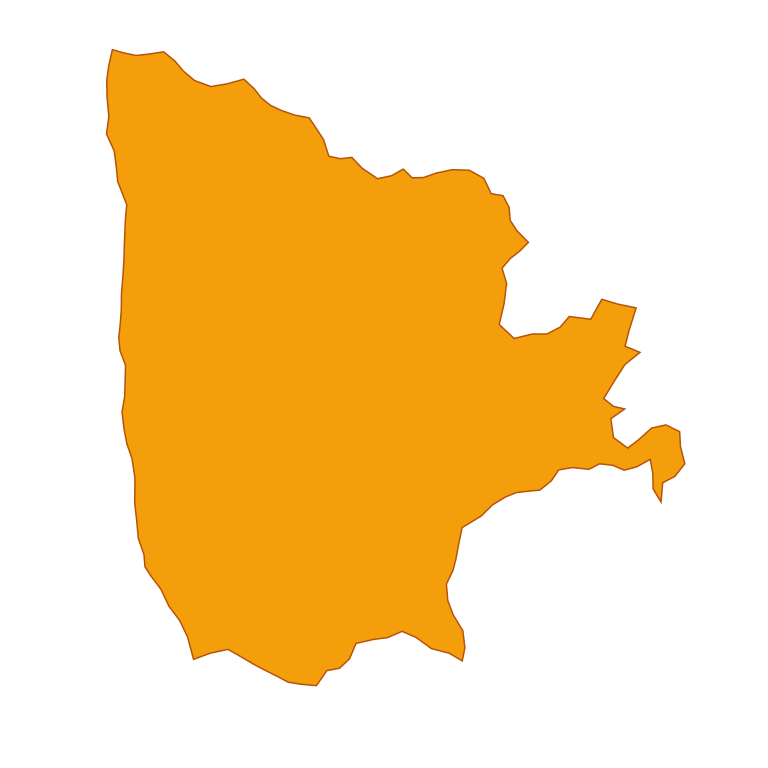 Moeda, Minas Gerais, Brazil (Albers equal-area conic projection), rotated 186°
{"feature_id": "56859067B15311257315024", "entity_name": "Moeda", "entity_type": "district", "adm_level": 2, "iso_a3": "BRA", "parent_name": "Brazil", "parent_adm1": "Minas Gerais", "projection": "albers", "projection_center": [-44.004, -20.33], "detail": "fine", "context": "isolated", "style": "filled", "palette": "amber", "viewbox_px": 768, "rotation_deg": 186, "n_neighbors": 0, "source": "geoboundaries", "source_scale": "gbopen_adm2", "svg_char_len": 2049}
<svg xmlns="http://www.w3.org/2000/svg" viewBox="0 0 768 768"><g transform="rotate(186 384 384)"><path d="M689.1,688.1L691.0,671.8L691.5,657.2L689.4,640.2L685.6,621.1L686.1,603.6L676.7,587.6L673.0,572.3L669.9,557.2L664.5,546.9L658.6,535.4L658.4,520.9L656.8,495.6L655.6,480.0L654.9,464.0L654.5,445.9L653.0,430.1L652.6,416.4L652.6,402.3L650.0,389.5L643.0,375.5L641.8,360.5L640.6,344.4L641.6,328.9L638.1,313.1L633.4,297.5L626.8,283.5L621.8,264.2L619.5,239.6L615.8,222.9L612.2,204.8L604.9,189.3L602.6,177.2L595.3,168.2L584.5,156.7L574.6,140.4L562.6,127.6L553.0,112.1L544.6,90.2L529.0,98.0L511.4,103.8L497.1,97.5L484.4,91.7L473.3,87.2L459.4,82.0L448.1,77.4L435.4,76.7L419.7,76.9L410.8,93.0L398.5,96.7L389.6,107.0L384.7,123.1L368.0,128.8L354.1,132.1L340.2,139.9L325.6,135.3L309.2,125.8L291.1,123.1L277.2,116.8L276.0,130.3L279.8,146.9L291.1,161.7L297.9,175.2L301.0,191.5L296.0,205.5L294.2,217.1L293.0,232.3L291.3,249.4L273.7,262.7L263.6,275.0L251.9,284.0L241.3,289.8L230.2,292.3L217.8,294.8L207.4,305.3L201.3,316.8L187.9,320.6L171.2,320.6L161.4,327.1L148.2,327.1L136.2,323.4L124.2,327.9L111.3,336.9L107.3,323.1L105.4,307.8L96.2,295.6L96.5,314.9L85.0,322.6L76.5,336.2L82.6,352.7L85.0,367.5L99.3,372.8L113.2,368.2L125.4,354.7L135.0,345.7L150.1,354.7L154.8,373.2L142.1,384.3L153.6,385.8L164.0,392.5L155.1,411.3L146.4,428.6L132.7,442.2L148.2,446.7L145.9,462.7L141.2,486.0L160.5,488.0L176.2,491.0L185.2,470.0L206.8,470.5L214.8,458.9L227.4,450.7L241.8,449.2L259.4,442.9L275.6,455.2L273.0,476.2L272.6,496.8L278.7,511.6L271.4,522.1L262.9,530.4L255.2,539.9L267.7,550.2L275.6,559.9L278.0,572.7L285.3,583.7L297.3,584.5L306.2,599.0L321.5,605.5L338.4,604.3L353.9,599.3L366.1,593.5L377.6,592.0L387.3,599.8L398.1,592.0L411.9,587.5L428.6,596.5L439.6,606.0L450.9,603.5L462.7,604.8L469.7,620.8L477.7,630.6L486.2,640.9L501.0,642.1L515.1,645.4L526.3,649.4L536.0,655.7L543.9,664.0L555.2,672.5L571.2,666.2L587.2,661.7L604.1,666.0L616.3,674.3L625.9,683.5L637.9,691.3L651.3,687.8L664.9,684.8L677.6,686.1L689.1,688.1Z" fill="#f59e0b" stroke="#b45309" stroke-width="1.5"/></g></svg>